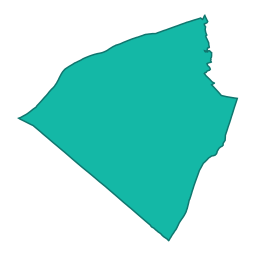 Al-Najaf, An-Najaf, Iraq
{"feature_id": "34846034B29737598200853", "entity_name": "Al-Najaf", "entity_type": "district", "adm_level": 2, "iso_a3": "IRQ", "parent_name": "Iraq", "parent_adm1": "An-Najaf", "projection": "albers", "projection_center": [43.801, 31.101], "detail": "fine", "context": "isolated", "style": "filled", "palette": "teal", "viewbox_px": 256, "rotation_deg": 0, "n_neighbors": 0, "source": "geoboundaries", "source_scale": "gbopen_adm2", "svg_char_len": 4557}
<svg xmlns="http://www.w3.org/2000/svg" viewBox="0 0 256 256"><path d="M214.3,83.1L214.2,83.1L212.0,81.8L210.0,79.6L207.1,76.8L206.1,75.9L205.6,75.2L204.4,73.6L204.8,73.4L205.1,72.6L206.2,72.4L206.6,71.7L207.2,71.0L208.7,70.4L209.5,70.2L210.3,69.2L209.5,67.3L208.1,66.0L207.7,65.6L207.0,63.7L207.8,63.2L209.4,62.6L210.9,62.3L211.3,62.0L210.6,60.7L211.0,59.4L210.7,58.4L211.4,57.3L211.6,55.7L211.6,54.0L211.6,52.6L210.8,52.1L209.7,50.9L208.9,50.7L207.9,51.0L207.6,51.9L207.0,51.7L205.6,51.9L204.9,51.5L204.6,50.7L205.4,50.9L206.2,51.2L206.8,51.1L207.2,49.9L207.5,48.2L208.0,47.8L208.9,47.7L209.3,47.2L208.8,44.8L208.7,42.9L207.9,41.1L207.0,39.1L206.3,37.8L205.7,36.0L206.1,35.7L206.8,35.1L206.7,34.8L206.4,34.3L206.1,33.5L205.9,33.0L205.6,32.0L205.5,31.3L205.3,30.1L205.1,29.6L205.2,29.2L205.3,28.6L205.4,27.7L205.6,26.9L205.4,26.5L205.0,26.1L204.7,25.6L204.5,25.2L204.4,24.6L204.2,24.1L204.3,24.0L204.4,23.9L204.6,23.8L204.8,23.8L205.0,23.7L205.3,23.4L205.6,23.4L205.9,23.3L206.2,23.1L206.4,23.0L207.0,22.7L207.3,22.3L207.5,21.8L207.7,21.4L207.4,20.9L207.1,20.3L206.7,19.6L206.3,18.6L205.8,17.7L205.2,16.4L205.0,15.9L204.8,15.4L204.5,15.7L204.2,16.3L203.8,17.2L203.5,17.8L203.2,18.5L202.9,18.9L202.7,19.2L202.6,19.4L202.4,19.3L201.8,18.9L201.3,18.5L201.0,18.3L200.6,18.0L200.2,18.2L199.6,18.4L198.3,18.8L197.4,19.1L194.3,20.0L189.7,21.5L188.0,22.0L187.2,22.2L186.8,22.3L184.8,23.1L181.3,24.3L180.2,24.7L179.0,25.2L177.3,25.8L175.3,26.5L172.8,27.4L169.2,28.7L166.0,29.9L163.4,30.7L161.1,31.6L157.9,32.7L156.7,33.2L155.9,33.5L155.3,33.6L154.6,33.6L152.6,33.6L150.4,33.9L149.0,34.0L147.1,34.3L145.8,34.4L144.3,34.8L142.9,35.4L140.5,36.2L138.0,37.1L136.4,37.5L134.4,38.2L132.5,38.8L129.7,39.9L127.4,40.8L124.7,41.9L123.2,42.5L122.8,42.7L121.7,43.2L120.1,43.9L118.0,44.6L117.1,44.9L116.1,45.1L114.9,45.8L113.3,46.5L111.5,47.6L109.4,48.9L107.4,50.3L106.1,51.0L104.6,51.7L102.9,52.4L101.6,52.8L99.4,53.3L97.6,53.6L95.3,54.2L95.2,54.2L93.2,54.8L91.7,55.3L90.2,55.8L86.7,57.2L85.0,57.9L83.0,58.8L81.4,59.8L79.7,60.7L77.7,61.6L76.4,62.3L74.7,63.0L72.4,64.5L69.3,66.3L66.7,68.0L65.2,69.0L64.4,69.8L63.8,70.5L63.0,71.4L62.4,72.2L61.4,73.8L60.5,75.5L59.2,78.0L58.4,79.8L57.1,82.1L56.7,83.0L55.4,84.8L54.5,86.3L54.0,86.8L52.8,88.1L51.6,89.2L50.5,90.4L48.7,92.5L48.0,93.5L46.4,95.4L44.4,97.5L41.8,100.5L40.0,102.5L36.9,105.8L36.1,107.1L34.5,108.2L32.8,109.4L30.0,111.7L28.0,113.2L26.4,114.3L22.9,116.2L20.6,117.5L18.7,118.2L20.1,119.1L23.6,120.8L30.9,124.5L33.1,125.5L33.9,126.2L35.8,127.8L40.1,131.4L42.9,133.9L47.1,137.4L53.5,142.9L57.5,146.2L61.6,149.7L64.4,152.0L72.1,158.7L76.4,162.4L82.2,167.3L91.5,174.9L94.2,177.2L99.6,181.8L105.4,186.5L107.2,188.1L110.7,191.1L113.8,193.8L117.1,196.6L119.6,198.8L123.7,202.4L127.2,205.3L128.3,206.3L130.8,208.3L133.3,210.5L135.7,212.6L138.6,215.1L140.8,217.0L142.8,218.7L145.2,220.8L148.5,223.6L150.1,224.9L150.6,225.6L151.0,226.2L151.6,226.9L152.3,227.3L152.9,227.6L153.7,228.0L154.1,228.4L155.0,229.2L155.7,229.9L156.8,230.7L157.5,231.4L158.4,232.1L159.5,232.8L160.2,233.3L160.7,233.7L161.3,234.3L162.1,235.3L162.9,236.0L163.5,236.6L164.4,237.2L165.3,237.8L166.2,238.4L166.8,238.8L167.1,239.0L167.8,239.8L168.7,240.6L169.0,240.3L169.6,239.2L170.2,238.1L170.6,237.6L171.1,236.8L171.8,235.5L172.8,234.0L173.7,232.8L174.5,231.4L175.8,229.7L176.4,228.8L176.6,228.2L177.0,227.6L177.5,226.4L178.0,225.5L178.7,223.9L179.4,222.5L180.2,221.3L180.5,220.8L181.0,220.1L181.6,219.2L182.7,217.7L183.5,216.5L184.3,215.2L185.0,213.9L185.7,212.6L186.0,212.0L186.2,211.4L186.4,210.8L186.7,209.7L187.2,208.6L187.4,207.7L187.9,205.7L188.6,202.9L189.0,201.0L189.3,199.8L189.8,199.1L189.9,198.7L190.1,198.0L190.6,196.5L191.4,194.0L192.2,191.1L193.1,188.5L193.9,185.8L195.2,182.1L197.9,174.7L199.0,171.6L199.4,170.4L200.1,169.2L201.1,167.4L201.6,166.5L202.6,164.6L203.4,163.2L203.8,162.9L204.3,162.4L204.9,161.9L205.9,160.9L207.0,159.8L207.8,158.9L208.5,158.1L209.0,157.7L209.7,157.3L210.6,156.7L211.4,156.1L211.6,156.0L212.2,155.9L213.4,155.7L214.3,155.4L214.9,155.3L215.3,154.9L216.1,154.1L216.4,153.9L216.6,153.4L217.0,152.5L217.0,151.7L217.4,151.0L218.7,148.8L219.2,148.1L219.6,147.8L220.5,147.0L220.8,146.8L221.8,146.4L222.2,146.1L223.1,145.2L223.1,143.4L225.1,140.3L225.3,137.5L225.4,135.0L225.6,134.6L227.4,129.2L228.2,126.6L229.4,123.2L230.5,119.8L231.6,116.1L232.3,114.1L234.2,107.9L236.2,101.9L236.9,99.7L237.3,98.4L236.1,98.2L235.1,98.1L233.9,97.9L230.8,97.4L226.6,96.7L222.7,95.8L221.3,95.5L220.6,94.6L219.7,93.6L218.3,92.0L213.7,87.0L211.6,84.8L212.7,84.1L214.3,83.2L214.3,83.1Z" fill="#14b8a6" stroke="#0f766e" stroke-width="1.5"/></svg>